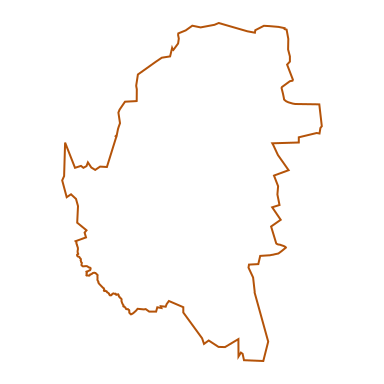 outline of Nácori Chico, Sonora, Mexico
{"feature_id": "50627088B84390839219422", "entity_name": "Nácori Chico", "entity_type": "district", "adm_level": 2, "iso_a3": "MEX", "parent_name": "Mexico", "parent_adm1": "Sonora", "projection": "natural_earth1", "projection_center": [-109.021, 29.616], "detail": "fine", "context": "isolated", "style": "outline", "palette": "amber", "viewbox_px": 384, "rotation_deg": 0, "n_neighbors": 0, "source": "geoboundaries", "source_scale": "gbopen_adm2", "svg_char_len": 5112}
<svg xmlns="http://www.w3.org/2000/svg" viewBox="0 0 384 384"><path d="M284.4,28.1L278.5,26.9L269.2,26.1L263.9,25.8L255.3,30.2L254.9,32.7L247.4,31.3L218.7,23.0L214.5,24.8L200.6,27.4L192.3,25.7L185.7,30.4L178.3,33.4L178.1,35.0L178.8,38.6L178.1,43.5L173.3,50.0L172.7,49.5L172.1,48.0L170.1,56.4L161.8,57.7L155.6,61.9L137.9,74.5L136.3,84.9L136.2,85.9L136.3,86.5L136.8,89.2L136.7,101.0L136.3,101.1L125.0,101.7L119.6,109.6L118.4,112.6L120.0,123.2L118.7,126.8L118.0,129.0L116.6,136.0L116.0,135.8L115.8,136.0L116.5,136.3L115.7,138.7L106.9,167.0L100.1,166.6L95.2,169.9L91.3,167.5L87.9,162.4L86.5,166.1L83.4,167.8L81.0,165.9L75.0,167.8L65.1,142.6L64.1,176.1L62.2,180.4L66.7,197.2L71.0,194.3L76.0,198.9L78.0,206.1L77.2,222.7L86.5,230.3L84.6,232.6L86.0,237.4L75.5,241.2L75.6,241.4L75.8,241.5L76.2,241.6L76.3,241.7L76.5,242.9L76.4,243.2L76.5,243.5L76.6,244.0L76.7,244.3L76.9,244.5L77.0,244.8L77.0,245.1L77.1,245.4L77.1,245.6L77.2,245.8L77.4,246.2L77.4,246.5L77.7,247.2L77.9,248.0L77.9,248.3L77.9,248.6L77.9,249.2L77.9,249.5L77.7,250.6L77.6,251.2L77.6,251.4L77.6,251.6L77.6,251.8L77.6,252.0L77.7,252.6L77.9,253.0L78.2,253.7L78.2,253.9L78.2,254.0L77.4,254.4L77.1,254.7L77.1,254.8L77.1,255.3L77.2,255.7L77.5,256.2L77.9,256.5L78.1,256.6L78.5,256.7L78.8,256.7L79.2,256.9L79.4,257.1L79.5,257.2L79.7,257.6L79.8,257.9L80.1,258.2L80.6,258.7L80.7,258.8L80.8,259.0L80.9,259.6L80.8,260.0L80.7,260.3L80.8,260.4L80.9,260.9L81.1,261.9L81.3,262.3L81.6,262.5L81.8,262.7L81.8,263.0L81.8,263.3L81.6,264.0L81.5,264.6L81.5,264.9L81.5,265.1L81.6,265.4L82.2,265.8L82.8,266.3L83.8,266.3L84.7,266.2L86.0,266.1L86.7,266.1L86.9,266.2L87.0,266.2L88.0,266.8L88.4,267.1L88.6,267.3L88.8,267.4L89.2,267.5L89.6,267.5L90.0,267.7L90.6,268.2L90.6,268.3L90.6,268.7L90.5,269.2L90.3,269.6L90.2,270.0L89.9,270.3L89.6,270.4L88.6,270.8L87.9,271.2L87.8,271.3L87.0,271.4L86.8,271.5L86.3,271.7L86.3,271.8L86.9,272.3L86.9,272.9L86.7,273.4L86.5,273.7L86.5,273.9L86.5,274.1L86.6,274.5L86.7,274.8L86.5,275.0L86.4,275.3L86.6,275.5L86.8,275.5L87.1,275.5L87.4,275.4L88.0,275.4L88.3,275.6L89.1,275.6L89.4,275.6L89.7,275.3L89.7,275.2L90.0,274.8L90.3,274.4L90.8,274.3L91.4,274.2L91.9,273.9L92.2,273.5L92.7,273.1L93.8,272.8L94.3,272.7L94.5,272.8L94.8,272.9L95.1,273.0L95.5,273.0L96.0,273.5L96.3,273.8L96.7,274.2L97.0,274.5L97.3,274.7L97.5,274.9L97.6,275.1L97.6,275.3L97.6,275.6L97.5,275.9L97.4,276.1L97.5,277.1L97.5,277.9L97.5,279.2L97.4,279.6L97.4,279.8L97.6,280.4L98.1,281.2L98.4,281.8L98.4,282.0L98.5,282.2L98.5,282.5L98.4,282.7L98.5,282.8L99.0,283.6L99.5,284.2L103.1,287.9L103.4,288.1L103.6,288.1L103.8,288.4L104.0,288.8L104.2,289.3L104.2,289.5L104.3,289.7L104.2,289.8L103.9,290.2L103.9,290.3L103.9,290.6L104.0,290.7L104.1,290.9L104.7,291.0L105.2,291.1L105.9,291.0L106.4,291.3L106.8,291.5L107.0,292.1L107.1,292.3L108.4,293.0L108.7,293.3L108.9,293.5L109.0,293.6L109.1,293.8L109.2,294.2L109.2,294.4L109.7,295.1L109.9,295.2L110.0,295.3L110.8,295.3L111.1,295.3L111.3,295.2L111.3,294.9L111.7,294.5L111.9,294.5L112.9,293.6L113.1,293.5L113.3,293.4L113.6,293.5L114.8,293.9L115.0,293.9L115.4,293.7L115.5,293.7L115.7,293.8L116.0,294.2L116.0,294.3L116.0,294.5L116.2,294.8L116.3,294.8L116.7,294.8L117.5,294.5L118.1,294.3L118.5,294.9L118.6,295.0L118.8,295.5L118.8,295.9L118.8,296.0L119.0,296.5L119.3,296.9L119.7,297.1L119.7,297.3L119.8,297.4L119.9,297.6L120.0,297.7L120.9,298.4L121.2,298.6L121.4,298.9L121.5,299.3L121.6,299.8L121.5,300.2L121.5,301.1L121.8,302.0L122.3,303.4L123.1,304.9L123.4,305.2L123.5,305.3L123.5,305.5L123.3,306.1L123.3,306.3L123.6,306.6L124.3,306.7L124.5,306.8L124.9,307.2L125.1,307.4L125.4,307.6L125.5,307.8L125.6,308.1L125.8,308.5L126.0,308.9L126.1,309.0L126.3,309.1L127.1,309.1L127.6,309.1L127.8,309.1L128.0,309.2L128.0,309.3L128.1,309.5L128.3,309.7L128.9,309.9L129.1,310.1L129.3,310.7L129.3,311.1L129.3,311.5L129.2,312.0L129.3,312.4L129.4,312.8L129.8,313.4L129.9,313.5L130.6,313.8L130.8,314.1L130.9,314.3L131.0,314.3L131.5,314.2L133.2,313.2L134.7,311.9L136.2,310.5L137.6,308.8L143.9,309.4L145.7,309.1L149.2,311.6L156.1,311.6L157.3,307.3L161.4,308.0L160.8,306.2L165.7,306.7L166.6,304.2L168.9,301.0L183.3,307.2L183.3,312.5L202.1,338.3L204.0,343.9L208.7,340.5L218.5,346.9L225.0,347.1L238.4,339.1L238.5,356.5L240.9,352.6L242.6,353.8L244.0,360.2L263.3,361.0L268.2,341.6L254.6,292.5L254.7,291.8L253.1,277.5L248.5,267.6L249.0,264.6L258.3,264.1L260.2,255.9L269.2,255.3L269.6,255.3L270.3,255.2L271.6,254.9L273.1,254.7L274.6,254.3L276.5,253.9L278.4,253.5L279.2,252.9L281.5,251.2L285.9,247.6L285.8,247.4L285.4,246.9L283.7,246.0L281.3,245.2L280.0,244.7L279.0,244.6L277.9,244.4L276.9,243.9L276.5,243.7L276.2,243.3L271.1,226.5L280.7,219.8L272.2,207.3L279.5,205.0L277.4,194.5L278.1,186.2L274.0,175.6L275.2,175.1L288.6,170.2L277.9,155.0L273.4,145.3L272.3,143.3L298.8,142.5L298.8,137.3L316.7,133.0L319.5,133.5L320.4,128.0L321.8,126.2L319.3,104.4L316.3,104.3L295.2,104.0L292.8,103.6L288.4,102.3L286.2,101.3L284.7,100.1L284.1,99.5L283.8,97.7L283.0,93.8L281.6,88.2L281.7,87.5L282.0,87.0L289.9,81.2L292.5,80.7L292.9,79.7L287.1,64.6L289.9,61.6L289.9,56.4L288.1,49.5L288.3,38.9L286.6,29.6L284.6,29.1L284.3,28.7L284.3,28.3L284.4,28.1Z" fill="none" stroke="#b45309" stroke-width="2"/></svg>